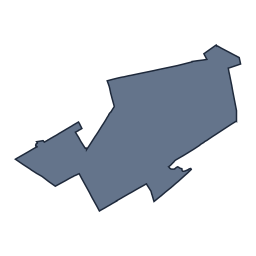 Fulga, Prahova, Romania
{"feature_id": "2599482B7572251252498", "entity_name": "Fulga", "entity_type": "district", "adm_level": 2, "iso_a3": "ROU", "parent_name": "Romania", "parent_adm1": "Prahova", "projection": "albers", "projection_center": [26.445, 44.906], "detail": "fine", "context": "isolated", "style": "filled", "palette": "slate", "viewbox_px": 256, "rotation_deg": 0, "n_neighbors": 0, "source": "geoboundaries", "source_scale": "gbopen_adm2", "svg_char_len": 5416}
<svg xmlns="http://www.w3.org/2000/svg" viewBox="0 0 256 256"><path d="M191.3,169.4L191.2,169.1L190.8,168.7L190.7,168.5L190.4,168.5L190.0,168.7L189.9,168.7L189.7,168.8L189.4,168.8L189.2,168.9L188.7,169.2L188.4,169.5L188.2,169.8L188.0,170.0L187.9,170.1L187.7,170.1L187.5,169.9L187.3,170.0L187.2,170.1L186.4,170.4L186.1,170.5L185.9,170.7L185.6,170.8L185.1,171.0L184.5,171.1L184.3,171.1L184.1,171.2L183.9,171.2L183.3,171.3L183.0,171.3L182.8,171.2L182.5,171.1L182.4,171.0L182.3,170.8L182.1,170.5L182.1,170.4L182.0,170.2L182.0,169.0L181.9,168.9L181.8,168.7L181.7,168.7L181.1,168.5L180.5,168.3L179.8,168.1L179.6,168.0L179.5,167.9L179.3,167.8L179.2,167.7L178.9,167.4L178.7,167.3L178.6,167.2L178.4,167.1L178.0,167.0L177.9,166.9L177.7,166.8L177.4,167.0L177.1,167.1L176.9,167.2L176.6,167.3L176.4,167.4L176.3,167.6L176.1,167.7L175.9,167.8L175.7,168.0L175.2,168.4L175.1,168.5L174.9,168.6L174.9,168.8L174.7,168.9L174.6,169.0L174.2,169.1L173.6,169.1L172.9,169.2L172.6,169.2L172.4,169.1L171.6,169.1L171.3,169.1L171.0,169.0L170.8,168.9L170.4,168.6L170.0,168.3L169.8,168.2L169.6,168.0L169.3,167.5L168.9,167.1L168.6,166.8L168.8,166.7L169.1,166.4L169.3,166.2L169.7,166.0L169.9,165.7L170.4,165.4L170.8,165.0L171.3,164.5L171.5,164.3L171.7,164.0L172.5,163.3L172.6,163.1L172.8,162.9L173.2,162.5L173.4,162.3L173.5,162.3L173.8,162.0L174.0,161.7L174.7,160.8L175.3,160.3L175.7,160.0L184.3,155.0L193.9,149.1L199.5,145.4L200.7,144.3L202.3,143.3L203.9,142.4L204.0,142.2L204.6,141.6L205.4,141.2L205.9,140.9L206.7,140.5L208.7,139.1L211.8,137.0L213.9,135.6L214.9,135.0L231.5,124.1L236.4,121.1L236.5,121.2L236.5,115.5L236.5,110.6L232.7,91.0L231.7,85.3L231.2,82.9L229.7,75.4L229.6,74.9L229.3,73.6L229.1,72.7L229.0,72.1L228.9,71.8L228.7,70.5L228.6,70.0L228.3,68.1L230.1,67.6L237.2,65.2L240.6,64.0L239.4,58.5L239.2,57.6L221.2,48.1L217.5,46.0L216.9,46.3L216.2,45.0L208.7,50.3L203.9,53.7L204.3,54.6L206.9,59.4L202.5,60.1L197.6,60.7L192.0,61.5L192.0,61.9L177.4,65.6L176.0,65.9L158.3,69.6L154.7,70.4L154.3,70.5L149.0,71.6L141.6,73.1L139.2,73.6L137.3,74.0L134.9,74.5L130.7,75.4L129.9,75.5L128.4,75.8L123.7,76.9L122.8,77.0L120.7,77.4L117.6,78.1L116.0,78.5L114.8,78.8L112.8,79.3L107.2,80.8L108.4,84.1L108.9,85.5L109.2,86.4L109.3,86.8L109.8,88.8L110.1,90.4L110.3,91.1L110.4,91.8L110.7,93.3L111.3,95.4L111.9,97.8L112.4,99.6L112.9,101.4L114.2,106.1L114.2,106.3L114.2,106.7L114.1,106.9L113.9,107.2L113.7,107.5L113.4,108.0L112.6,109.2L112.0,110.2L111.7,110.6L111.6,110.9L111.5,111.1L111.4,111.2L111.3,111.5L111.1,111.7L110.8,111.9L110.8,112.1L110.6,112.3L110.1,112.7L109.9,112.9L109.7,113.1L109.1,114.1L108.8,114.4L108.8,114.6L108.7,115.0L107.5,116.9L106.7,118.2L106.4,118.8L105.8,119.8L104.4,122.1L103.0,124.3L102.5,125.0L100.3,128.5L99.9,129.2L99.3,130.1L99.0,130.6L98.4,131.6L95.9,135.4L95.3,136.2L89.6,145.1L86.6,149.6L86.6,149.3L86.6,149.2L86.4,148.6L86.4,148.3L86.4,148.1L86.2,148.1L85.9,148.0L85.7,148.0L85.5,148.4L85.3,148.4L84.9,147.8L80.6,141.1L80.4,140.6L79.7,139.4L79.4,138.9L79.3,138.6L78.7,137.5L77.5,135.6L75.4,132.2L76.0,131.9L76.4,131.7L77.7,131.0L77.9,131.0L78.0,130.9L78.2,130.7L78.3,130.5L79.5,129.9L80.6,129.3L81.9,128.5L79.5,123.7L78.5,122.0L74.0,124.6L73.7,124.8L72.5,125.5L71.5,126.2L70.2,126.9L68.9,127.7L66.8,128.9L65.8,129.5L64.8,130.1L63.5,130.9L62.6,131.4L60.6,132.6L59.5,133.2L57.8,134.3L56.2,135.3L55.1,135.9L53.8,136.6L52.6,137.3L51.5,138.0L51.1,138.1L50.9,138.2L50.8,138.4L50.0,138.8L49.2,139.3L48.7,139.6L48.4,139.8L48.0,139.9L47.4,140.4L47.1,140.6L46.9,140.7L46.6,140.8L46.3,141.0L45.9,141.2L45.6,141.4L45.4,141.5L45.0,141.8L44.5,142.0L44.4,142.1L44.2,142.0L44.1,141.9L43.8,141.5L43.5,141.1L43.4,140.9L43.2,140.7L42.5,140.7L42.3,140.8L36.6,141.7L36.9,142.1L37.1,142.4L37.3,142.6L37.4,142.9L37.4,143.0L37.2,143.3L36.6,143.6L36.4,143.7L36.2,143.8L36.1,144.1L36.0,144.4L35.8,144.7L35.7,145.0L35.8,145.2L35.8,145.3L35.9,145.5L35.8,145.8L35.7,145.9L35.7,146.0L35.8,146.1L36.4,146.3L36.6,146.3L36.8,146.5L37.0,146.6L37.1,146.8L36.8,146.9L35.9,147.4L35.1,147.8L32.3,149.4L28.6,151.6L17.2,158.1L15.4,159.2L23.1,164.5L29.9,168.9L31.5,170.1L35.3,172.5L35.6,172.7L35.7,172.8L36.0,173.0L36.5,173.3L37.0,173.6L37.8,174.0L38.6,174.5L39.4,174.9L39.7,175.1L42.0,176.4L45.9,179.4L48.6,181.5L55.3,186.2L62.3,182.4L65.6,180.6L68.9,178.7L71.9,177.1L72.8,176.7L74.3,175.8L74.6,175.7L74.9,175.6L75.1,175.5L75.3,175.4L76.6,174.9L77.5,174.4L79.2,173.7L79.6,174.5L80.3,175.8L80.7,176.6L81.7,178.5L82.6,180.1L84.3,183.2L89.6,192.8L91.0,195.6L92.9,199.2L93.3,199.8L94.1,201.3L96.8,206.1L98.4,209.1L99.4,211.0L100.7,210.2L105.7,207.4L106.3,207.0L110.5,204.6L111.8,203.8L115.5,201.7L116.8,201.0L116.6,200.7L117.1,200.5L121.5,198.0L122.5,197.4L123.0,197.1L129.1,193.6L129.9,193.2L130.4,192.9L130.8,192.7L132.4,191.8L135.8,189.8L138.6,188.2L140.4,187.2L144.2,185.1L145.9,184.1L146.4,183.9L146.4,184.1L146.5,184.2L147.2,185.2L149.8,189.3L151.0,191.2L151.8,194.3L152.1,195.0L152.6,196.8L153.0,198.1L153.6,200.2L153.8,200.8L154.0,201.5L154.4,201.2L157.0,199.1L158.3,198.0L158.8,197.6L159.6,197.0L160.6,196.1L161.2,195.8L162.8,194.3L163.6,193.7L164.9,192.5L166.4,191.3L169.0,189.2L169.5,188.8L170.4,188.1L170.6,187.8L170.8,187.7L171.1,187.6L171.3,187.4L171.8,186.9L172.1,186.6L172.4,186.4L172.8,186.1L173.0,185.9L173.2,185.7L174.1,184.9L175.7,183.5L176.4,182.9L177.0,182.4L177.9,181.7L178.2,181.4L178.6,181.1L178.8,180.9L179.1,180.6L183.1,177.0L185.2,175.1L187.6,173.0L188.5,172.1L190.2,170.5L191.3,169.4Z" fill="#64748b" stroke="#1e293b" stroke-width="1.5"/></svg>